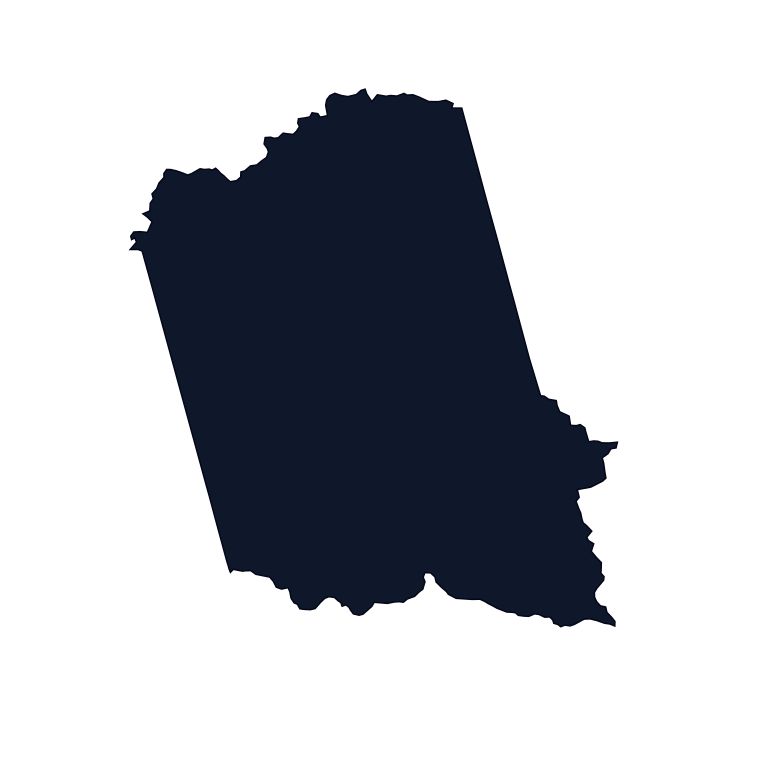 Rolim de Moura, Rondônia, Brazil, rotated 255°
{"feature_id": "56859067B5137929458601", "entity_name": "Rolim de Moura", "entity_type": "district", "adm_level": 2, "iso_a3": "BRA", "parent_name": "Brazil", "parent_adm1": "Rondônia", "projection": "robinson", "projection_center": [-61.8, -11.741], "detail": "fine", "context": "isolated", "style": "filled", "palette": "ink", "viewbox_px": 768, "rotation_deg": 255, "n_neighbors": 0, "source": "geoboundaries", "source_scale": "gbopen_adm2", "svg_char_len": 3191}
<svg xmlns="http://www.w3.org/2000/svg" viewBox="0 0 768 768"><g transform="rotate(255 384 384)"><path d="M267.4,594.4L268.8,586.0L270.7,579.4L273.3,575.9L274.7,571.8L275.2,566.8L285.5,566.5L289.7,566.6L294.0,563.0L294.0,559.0L295.8,553.5L305.0,554.5L311.7,546.5L318.5,545.6L323.4,546.1L326.6,539.1L330.8,535.6L332.2,532.2L371.1,531.0L410.6,531.0L431.5,531.0L450.9,530.9L492.2,530.9L534.9,530.6L578.8,530.6L620.1,530.5L630.4,530.5L633.0,520.9L637.0,523.3L642.1,517.2L642.6,510.0L645.2,500.4L652.1,492.1L655.9,486.8L657.1,481.0L659.5,478.6L658.8,471.0L661.0,464.9L661.4,460.5L665.1,452.4L659.9,445.4L663.9,444.0L668.7,442.4L673.7,442.1L673.5,437.7L670.7,432.1L671.0,423.4L673.8,417.3L677.5,411.7L676.6,406.4L673.5,402.3L668.4,399.8L657.8,398.9L658.3,391.4L662.3,390.0L664.6,384.7L661.2,381.5L661.5,376.5L662.3,370.0L658.3,368.2L654.5,369.0L650.9,365.0L648.6,360.9L650.8,355.1L652.4,351.5L649.2,345.5L649.8,341.4L651.7,338.4L652.8,333.0L646.9,330.3L641.9,332.2L638.1,332.5L633.2,329.1L631.2,323.6L628.5,317.8L629.2,311.4L625.9,304.6L625.9,300.7L620.9,299.1L618.6,294.2L619.2,287.8L622.4,285.6L626.4,283.3L630.0,280.6L633.0,279.1L636.0,277.2L635.1,273.5L636.9,270.5L637.6,266.3L639.5,262.0L637.0,252.5L636.7,248.4L640.2,243.7L643.8,238.3L646.3,233.6L647.5,229.6L644.2,225.8L640.5,225.0L636.4,218.7L631.3,214.9L627.7,209.1L622.6,209.1L619.1,205.0L611.8,202.6L610.8,195.2L606.6,198.5L600.8,202.0L591.7,194.7L594.3,187.7L595.6,181.6L592.3,177.6L588.8,177.6L589.6,181.1L585.1,181.7L579.6,173.6L577.5,181.4L575.0,184.8L537.2,185.1L494.6,185.3L454.2,185.5L413.8,185.7L373.7,185.9L330.6,186.1L321.2,186.2L290.7,186.2L253.2,186.3L248.4,186.5L245.0,186.5L241.8,186.9L244.0,190.5L242.1,194.2L239.9,198.8L239.3,202.6L238.2,207.0L233.4,210.9L230.6,216.5L227.1,223.6L222.1,226.0L215.6,227.4L212.4,232.0L212.1,238.7L207.5,239.3L201.0,238.8L195.9,240.5L193.7,243.3L188.6,244.6L186.9,248.8L185.1,254.4L184.9,259.3L189.5,266.2L192.3,271.3L192.8,275.7L190.7,280.9L186.7,283.4L183.9,285.8L180.2,286.0L180.5,290.1L177.4,292.4L174.1,293.2L169.9,294.9L167.1,300.1L167.1,304.1L169.5,309.0L172.4,314.8L175.7,318.0L171.2,330.5L170.8,337.2L169.9,342.1L168.2,346.2L170.3,350.9L171.0,358.7L174.0,364.0L175.8,368.4L182.4,372.4L187.2,371.8L191.2,374.7L189.5,380.1L184.5,383.3L179.2,383.1L172.6,387.0L167.2,390.7L164.2,391.8L158.3,398.2L153.1,413.5L151.3,421.0L147.8,425.2L144.9,427.9L141.7,431.5L138.0,435.3L136.0,438.1L132.0,443.5L130.4,448.5L129.0,451.8L125.8,453.8L123.6,459.1L122.1,463.7L123.0,470.1L121.2,474.2L117.2,478.8L116.1,483.8L112.4,485.9L108.9,486.1L106.7,489.8L103.8,491.9L104.3,496.3L102.2,501.1L102.5,505.6L105.1,516.4L103.8,522.3L100.3,528.6L95.9,535.0L93.7,540.1L90.5,544.3L94.9,545.6L100.1,543.3L105.7,540.2L111.3,540.4L113.7,535.6L118.9,533.0L123.6,532.2L128.3,533.3L131.8,537.0L137.6,545.3L140.9,546.7L145.1,544.6L151.5,546.6L155.2,547.7L161.4,544.3L168.7,540.9L175.4,545.2L179.9,540.9L183.5,540.2L188.1,546.6L195.1,542.8L198.4,540.4L202.4,540.2L208.5,540.6L212.1,540.0L221.0,539.1L224.0,543.2L232.0,543.4L230.9,557.0L232.2,563.4L233.7,570.2L235.7,574.0L241.4,574.5L250.8,575.7L256.3,575.7L258.7,582.3L262.7,586.4L262.2,591.6L267.4,594.4Z" fill="#0f172a" stroke="#020617" stroke-width="1.5"/></g></svg>